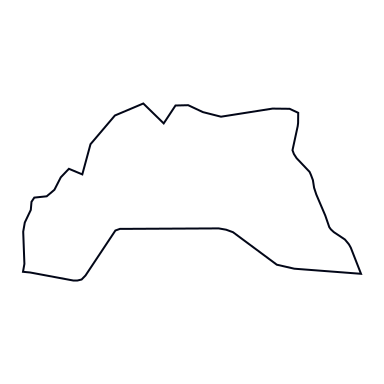 an SVG outline of Hanover
{"feature_id": "JAM-1371", "entity_name": "Hanover", "entity_type": "Parish", "adm_level": 1, "iso_a3": "JAM", "parent_name": "Jamaica", "parent_adm1": "", "projection": "equal_earth", "projection_center": [-78.136, 18.373], "detail": "fine", "context": "isolated", "style": "outline", "palette": "ink", "viewbox_px": 384, "rotation_deg": 0, "n_neighbors": 0, "source": "natural_earth", "source_scale": "10m", "svg_char_len": 756}
<svg xmlns="http://www.w3.org/2000/svg" viewBox="0 0 384 384"><path d="M23.0,271.8L24.4,263.9L23.2,231.7L24.8,222.5L30.8,209.9L31.5,201.8L34.3,197.6L46.7,196.3L54.4,189.8L60.8,177.3L68.9,168.8L82.3,174.4L90.5,144.2L114.9,115.5L143.3,103.5L163.7,123.4L175.5,105.5L188.2,105.2L202.9,112.1L221.0,116.7L272.5,108.6L289.6,108.8L298.2,112.8L298.1,123.0L297.7,126.2L292.5,150.2L293.9,154.0L296.6,158.2L309.6,171.9L310.9,174.8L312.9,180.1L314.1,187.8L316.3,194.5L325.3,215.6L329.3,227.2L330.9,229.4L333.8,232.1L344.9,239.5L348.9,244.3L350.8,247.7L361.0,273.8L294.3,268.7L276.8,264.7L233.0,232.2L226.1,229.7L218.7,228.4L119.9,228.9L115.4,230.5L85.5,275.5L81.6,279.5L77.5,280.5L73.2,280.5L30.2,272.5L23.0,271.8Z" fill="none" stroke="#020617" stroke-width="2"/></svg>